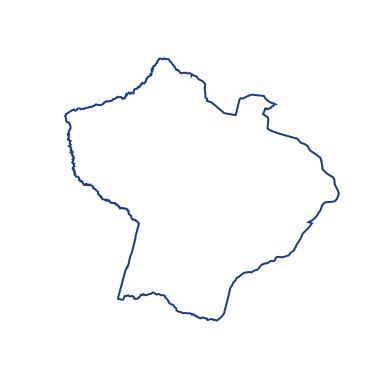 the district of Sikonge, Tabora, United Republic of Tanzania, rotated 15°
{"feature_id": "72390352B96655451787370", "entity_name": "Sikonge", "entity_type": "district", "adm_level": 2, "iso_a3": "TZA", "parent_name": "United Republic of Tanzania", "parent_adm1": "Tabora", "projection": "mercator", "projection_center": [32.873, -6.086], "detail": "fine", "context": "isolated", "style": "outline", "palette": "blue", "viewbox_px": 384, "rotation_deg": 15, "n_neighbors": 0, "source": "geoboundaries", "source_scale": "gbopen_adm2", "svg_char_len": 5931}
<svg xmlns="http://www.w3.org/2000/svg" viewBox="0 0 384 384"><g transform="rotate(15 192 192)"><path d="M148.0,314.2L152.7,314.2L153.4,313.5L153.6,312.6L153.8,310.0L155.9,309.4L156.5,308.5L157.1,308.3L158.7,309.0L160.0,308.6L160.8,307.9L161.5,307.9L162.9,308.5L163.5,309.7L164.6,310.2L165.4,309.6L167.1,309.2L167.7,307.6L168.3,307.4L168.8,306.4L169.2,304.6L171.0,304.3L171.4,303.2L173.3,303.7L174.7,303.5L175.9,302.4L179.0,300.7L180.1,299.3L181.7,299.1L182.4,299.7L184.0,300.2L185.1,299.9L186.2,299.1L189.0,299.8L189.8,299.3L191.6,299.2L192.9,299.6L193.7,301.0L195.7,301.9L197.5,303.5L197.7,304.3L198.5,304.5L198.9,305.4L203.5,306.2L205.3,307.8L206.8,308.4L207.7,310.5L210.4,311.1L212.5,310.9L214.2,311.5L216.2,310.7L219.6,310.3L221.0,309.8L222.0,309.6L223.5,310.5L224.0,309.9L224.7,310.2L225.6,309.7L226.8,310.7L228.0,311.0L228.4,310.6L230.7,311.6L232.8,311.9L233.8,310.8L234.3,310.9L235.6,310.3L237.8,310.6L239.1,310.4L239.6,311.3L240.3,311.6L243.6,309.6L244.5,309.6L245.7,310.1L247.5,309.4L249.0,309.8L250.3,308.7L253.1,304.4L254.6,300.3L254.3,298.9L254.2,283.2L253.8,274.8L254.9,271.6L255.4,268.6L256.9,266.2L257.4,263.4L259.4,261.6L261.3,258.7L263.5,256.4L268.0,254.5L270.1,254.3L272.7,251.6L275.0,250.4L275.9,249.0L278.1,244.1L279.2,243.7L280.3,242.3L282.0,241.9L284.1,240.5L285.9,238.2L287.3,237.7L288.4,237.8L289.3,237.2L290.0,235.5L289.9,233.9L290.3,233.4L291.7,232.4L296.4,231.6L302.0,228.1L302.2,226.8L303.3,224.8L305.9,221.6L305.6,220.4L306.5,218.2L306.6,216.0L308.9,209.3L309.7,203.5L313.3,197.5L314.9,194.0L315.9,191.1L312.4,191.0L316.1,187.5L318.4,183.7L319.9,178.4L320.8,176.8L321.1,171.6L322.3,168.6L323.3,167.6L331.0,164.7L332.3,163.9L333.7,161.5L334.2,158.0L334.1,155.1L332.2,152.5L327.8,147.6L326.3,143.1L324.5,141.3L318.1,139.5L312.6,136.6L311.7,135.2L311.7,134.1L310.8,133.1L310.1,130.8L308.9,129.1L309.0,128.0L307.9,127.2L307.7,126.4L306.8,125.4L304.5,124.8L303.4,124.1L295.4,121.4L291.8,117.7L288.2,116.5L285.2,116.4L283.5,115.8L280.1,113.3L262.3,113.1L252.6,112.4L249.0,111.5L248.3,110.2L247.5,104.8L247.1,103.9L247.2,102.9L246.0,100.3L240.4,98.3L241.2,93.9L240.9,93.1L241.2,92.4L242.0,92.5L242.1,92.1L243.7,92.3L243.7,92.0L244.5,91.8L246.3,90.4L246.9,88.8L247.9,88.1L248.9,86.3L249.8,85.7L247.7,85.3L245.6,85.4L241.6,84.3L238.5,82.5L236.5,80.6L224.6,82.5L221.9,84.2L216.7,88.7L214.7,88.9L214.3,89.5L214.0,90.6L214.1,99.2L214.4,106.2L213.7,106.5L202.8,107.5L187.4,100.3L182.9,100.1L182.4,98.0L180.9,97.6L180.3,96.8L179.3,93.1L177.3,88.5L176.9,84.4L174.0,82.4L169.5,81.4L167.7,80.5L166.9,79.5L165.8,79.1L163.3,79.0L162.0,78.5L161.7,78.6L161.4,79.6L161.0,78.4L159.1,77.7L158.0,78.4L156.3,78.5L155.3,78.2L154.0,79.0L152.7,79.1L151.1,80.1L149.4,79.6L147.6,78.1L146.7,78.3L146.4,77.8L145.8,78.2L145.1,78.0L143.4,76.0L139.1,73.0L138.4,72.0L137.1,71.7L135.0,69.8L131.4,70.5L130.6,70.1L129.5,71.4L127.6,71.2L125.7,71.9L125.4,73.4L124.8,74.3L124.9,76.3L124.3,76.7L123.6,79.4L122.7,79.7L122.4,80.2L122.6,80.7L122.1,81.0L122.3,82.6L121.6,83.0L121.9,83.4L121.6,83.8L122.2,84.0L121.8,84.4L122.3,85.3L121.8,85.6L122.3,87.4L122.1,88.5L121.8,88.6L122.5,89.5L122.2,90.0L121.2,90.3L121.0,91.1L119.0,92.9L119.2,94.2L119.0,95.0L118.6,95.1L118.4,96.3L118.9,97.0L117.7,99.5L116.0,99.3L116.0,99.8L115.5,100.0L115.6,100.7L115.0,100.9L114.9,102.0L114.5,102.1L114.5,103.5L113.3,104.1L113.5,104.6L112.7,104.7L112.0,106.6L110.2,107.3L109.7,108.0L109.6,110.0L110.0,111.9L108.1,112.3L107.4,111.8L106.4,113.2L105.1,112.4L104.4,113.6L103.5,114.0L103.0,114.7L103.1,115.4L103.9,115.8L103.2,116.5L102.6,119.2L101.4,119.6L101.1,119.1L100.6,119.1L100.2,119.6L99.7,119.0L98.6,118.7L97.5,119.2L95.5,119.2L95.2,120.2L94.4,120.5L94.2,121.1L92.7,122.4L91.9,122.6L91.4,123.9L89.8,125.3L86.6,126.6L85.9,126.3L85.4,126.7L84.6,128.0L83.9,128.4L83.9,129.3L83.2,130.1L81.2,131.8L78.5,132.3L76.6,132.2L76.2,132.5L75.7,133.6L74.4,134.3L73.6,135.5L71.0,136.2L71.0,136.7L66.7,138.9L66.1,139.8L65.0,139.8L63.1,140.9L62.2,140.4L60.4,140.8L59.7,141.4L59.5,142.6L58.2,143.6L57.6,143.6L56.6,142.8L55.0,144.0L50.0,149.6L50.4,150.5L49.8,151.7L50.5,152.1L51.0,153.5L51.7,154.2L52.0,155.8L53.3,157.0L54.6,156.6L55.8,157.3L57.6,159.9L58.2,162.1L57.6,162.9L57.9,163.8L57.4,164.9L57.5,167.2L58.4,168.0L58.3,168.3L57.3,168.3L57.4,168.8L57.7,169.5L58.5,169.8L58.7,170.3L59.1,171.7L58.5,173.2L58.7,173.6L59.7,173.2L60.4,173.9L61.5,174.1L61.1,175.5L61.5,176.9L62.6,177.6L62.0,179.0L61.2,179.4L61.5,179.7L63.3,180.1L63.4,180.7L64.1,181.1L64.4,182.7L63.9,183.1L64.3,183.7L65.9,183.8L66.4,184.2L65.0,185.4L66.3,185.8L66.3,186.6L66.9,186.9L67.2,188.2L67.8,188.0L68.0,188.7L69.1,189.3L68.2,191.2L69.3,191.7L68.7,194.4L70.5,195.0L70.0,195.5L70.9,196.3L71.7,197.7L71.2,197.9L70.5,200.0L71.1,200.7L71.5,200.2L71.9,200.3L72.0,201.7L72.5,202.3L73.4,202.4L73.2,203.5L74.2,204.3L73.8,204.9L74.1,205.5L74.7,205.7L74.6,206.0L76.3,207.1L78.0,206.9L78.8,207.2L79.7,208.5L79.8,209.5L80.4,209.4L81.3,210.5L81.7,210.0L82.7,210.0L83.0,210.7L84.1,211.0L84.3,211.7L85.8,213.1L87.2,212.8L87.4,211.6L89.1,211.6L89.1,212.4L90.8,212.1L91.7,211.2L92.3,211.8L93.5,211.8L94.7,212.2L95.3,212.7L95.6,213.9L96.8,214.0L101.1,216.1L101.7,218.0L103.2,218.8L103.2,219.2L104.1,219.4L105.0,220.3L105.4,219.9L106.4,221.7L107.2,221.5L107.8,222.1L109.3,221.9L111.1,222.6L111.4,221.7L111.9,222.0L112.4,221.7L112.5,222.0L113.0,221.8L113.4,222.2L114.3,221.7L115.9,223.3L118.4,223.2L119.0,222.8L120.5,223.0L120.8,222.7L121.5,223.8L122.7,223.5L123.6,224.4L124.6,224.3L125.5,225.3L125.5,225.6L126.2,226.0L126.8,225.7L127.0,226.3L127.5,225.9L128.1,226.0L128.5,225.6L130.1,225.7L130.4,225.2L132.0,225.4L132.8,225.2L133.5,225.7L134.1,225.5L134.6,226.6L135.0,226.9L135.6,226.7L136.6,229.7L137.3,229.7L137.6,230.1L138.5,230.2L139.3,230.9L140.5,233.1L141.0,233.2L141.8,234.0L142.3,233.6L143.1,233.9L144.8,233.7L145.5,234.5L146.2,234.4L148.9,236.1L148.9,248.8L149.3,251.3L149.6,264.8L149.0,271.3L149.4,278.1L149.1,281.4L148.5,281.4L148.6,282.8L148.0,284.4L148.0,314.2Z" fill="none" stroke="#1e3a8a" stroke-width="2"/></g></svg>